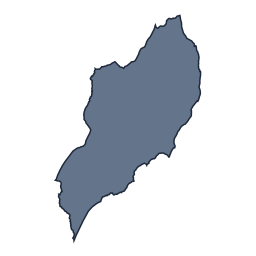 outline of Chíquiza, Boyacá, Colombia
{"feature_id": "7082276B19361123637584", "entity_name": "Chíquiza", "entity_type": "district", "adm_level": 2, "iso_a3": "COL", "parent_name": "Colombia", "parent_adm1": "Boyacá", "projection": "equal_earth", "projection_center": [-73.45, 5.637], "detail": "fine", "context": "isolated", "style": "filled", "palette": "slate", "viewbox_px": 256, "rotation_deg": 0, "n_neighbors": 0, "source": "geoboundaries", "source_scale": "gbopen_adm2", "svg_char_len": 5717}
<svg xmlns="http://www.w3.org/2000/svg" viewBox="0 0 256 256"><path d="M200.1,78.2L200.6,74.7L200.5,72.9L200.7,72.0L200.5,71.7L199.7,71.5L199.7,71.2L199.9,70.3L199.2,69.3L198.9,69.2L198.8,68.9L198.7,68.2L198.5,67.6L198.6,66.9L198.4,65.2L198.5,64.2L198.7,63.8L198.5,63.1L198.6,62.2L198.4,61.2L198.7,60.7L198.7,59.6L199.0,58.0L199.0,57.4L198.7,55.8L198.5,54.3L198.1,53.6L197.7,51.9L196.9,50.8L196.7,50.5L196.5,49.3L196.4,48.0L196.1,46.1L195.9,45.9L195.6,45.9L194.3,46.3L194.3,46.0L194.5,45.6L194.4,44.6L194.2,44.0L193.9,43.4L193.2,42.9L191.6,40.9L191.2,40.7L186.9,38.4L185.5,35.8L184.2,34.2L183.3,32.7L181.6,26.7L181.5,23.1L181.3,21.9L180.9,21.2L179.9,15.4L178.5,15.9L177.6,16.0L177.1,16.2L176.0,17.5L175.1,18.2L174.5,18.4L173.5,18.1L173.3,18.2L172.8,18.3L172.3,18.7L171.7,19.0L169.8,18.5L168.8,18.5L167.4,19.8L166.6,20.7L166.3,23.1L165.7,24.4L164.3,25.7L163.4,26.2L162.8,26.4L161.5,26.0L160.7,26.0L160.2,26.2L157.9,28.1L157.3,28.2L156.5,27.7L155.9,26.9L155.4,25.1L155.0,26.0L154.9,27.1L154.6,28.1L153.7,30.2L150.3,36.8L149.1,38.0L147.9,39.6L146.7,41.7L146.1,43.6L144.9,46.6L144.5,47.0L141.2,48.6L140.6,49.5L139.6,51.2L138.5,54.5L136.0,59.4L134.7,61.1L133.2,61.7L131.3,61.9L130.7,62.7L126.8,65.9L124.9,66.5L123.8,68.3L121.8,67.3L120.5,67.1L119.9,66.8L119.4,66.3L119.0,65.7L117.8,64.8L116.8,63.6L115.9,62.7L115.4,62.1L115.3,61.9L114.9,61.8L112.0,63.2L111.0,64.1L109.8,64.7L108.3,65.1L107.2,65.2L105.7,66.2L104.4,66.3L103.0,66.8L102.0,66.6L101.6,66.9L101.1,67.7L100.3,68.2L99.9,68.9L99.4,69.2L98.8,69.2L98.1,69.0L97.1,69.3L96.8,69.3L95.8,69.0L95.3,68.7L95.4,69.0L95.2,69.7L94.6,70.7L94.4,71.4L94.5,71.8L94.7,72.3L94.7,72.9L94.1,73.3L93.9,73.5L93.9,74.2L93.6,74.7L93.1,75.1L92.8,75.9L92.5,76.0L92.1,75.8L91.9,76.0L91.8,76.7L91.3,76.7L91.1,76.9L90.8,77.8L90.4,78.5L90.4,78.9L90.6,79.3L91.8,80.3L92.2,80.9L92.3,81.0L92.0,81.9L91.9,82.8L92.2,84.8L92.3,86.2L92.2,87.1L91.8,88.6L92.2,90.2L92.5,90.9L92.3,91.2L91.8,91.2L91.8,91.4L91.8,91.8L92.2,92.9L92.1,93.2L91.7,93.9L91.8,95.1L91.4,95.8L91.4,96.3L91.1,96.7L90.4,97.0L90.3,97.4L90.2,98.2L89.7,98.5L89.6,98.8L89.4,99.7L89.8,100.7L89.8,100.8L89.1,101.8L88.7,101.9L88.6,102.4L87.6,105.2L87.1,105.9L86.8,106.2L86.4,107.0L86.2,107.1L85.6,108.2L85.3,109.0L85.0,109.2L84.9,110.0L84.2,111.9L83.9,113.5L83.8,115.4L84.2,117.8L84.2,118.2L84.0,119.0L84.1,119.5L84.3,119.8L85.0,120.4L85.3,120.8L86.3,123.5L87.5,124.6L87.7,125.1L90.1,128.5L90.7,129.9L90.3,131.7L89.4,133.9L88.4,135.7L85.8,141.1L85.5,143.4L84.6,145.0L83.0,146.3L80.9,146.8L79.6,147.6L78.5,147.7L77.1,148.2L73.0,151.1L65.0,161.7L62.6,165.4L59.8,170.6L57.6,175.4L56.3,179.3L55.3,180.2L57.4,180.9L59.1,181.0L60.3,181.7L60.6,182.0L60.9,182.5L61.2,183.5L61.2,184.2L61.0,184.9L60.7,185.6L60.7,186.9L61.0,188.1L61.5,189.2L61.4,189.8L61.8,190.5L62.0,191.6L61.5,191.6L60.8,192.6L60.1,193.9L59.9,194.7L59.2,194.6L58.8,194.4L59.0,195.3L58.7,195.7L58.5,196.3L59.3,198.3L59.7,198.8L59.9,199.4L59.5,200.7L59.7,202.0L59.3,202.9L59.4,203.4L59.8,204.0L59.9,204.3L59.9,204.8L59.9,205.4L60.0,206.4L60.2,206.6L61.4,206.7L61.6,207.1L61.7,207.9L62.5,208.3L62.9,208.7L63.4,209.0L63.6,209.6L64.4,210.1L64.8,211.1L65.3,211.2L66.2,211.6L67.0,212.9L67.3,213.1L67.6,212.9L67.8,213.0L68.3,213.6L69.1,214.0L69.3,214.5L69.7,214.6L69.9,215.0L69.8,216.2L69.4,217.5L69.4,218.4L69.5,218.7L70.1,219.1L70.4,219.8L70.3,220.7L70.0,221.3L70.1,221.5L70.6,221.8L70.7,222.2L70.5,223.2L71.0,224.5L70.9,224.8L70.7,225.1L71.3,228.8L71.7,229.4L71.8,229.7L72.8,230.1L73.2,231.3L73.2,231.7L73.2,232.0L73.4,232.2L73.9,233.2L74.4,233.5L74.5,233.7L74.5,234.1L74.1,234.9L74.0,236.0L73.8,236.5L72.9,237.9L73.0,238.4L73.8,239.1L74.0,240.6L76.1,235.4L83.2,220.6L88.4,211.1L92.1,207.0L96.1,203.9L98.0,202.7L100.7,201.5L100.8,200.8L101.0,200.4L101.5,199.0L102.6,196.8L103.6,196.8L104.2,196.5L105.7,195.6L106.0,195.6L106.3,195.7L106.7,195.6L107.1,195.6L107.1,195.3L107.3,195.4L107.7,195.2L107.9,195.0L108.9,194.5L109.4,194.5L110.1,193.5L110.2,193.2L110.6,193.0L111.2,193.0L111.7,193.2L112.4,193.0L112.6,193.2L113.1,194.4L113.5,194.8L114.0,194.9L114.6,194.7L115.2,194.3L115.6,194.1L117.0,194.3L119.9,192.4L120.8,192.2L121.2,192.6L121.5,192.2L121.9,192.1L122.5,191.6L124.2,191.1L124.9,190.2L125.5,189.0L126.7,187.7L127.8,184.9L128.8,183.7L129.6,183.1L130.4,182.9L132.2,181.4L133.4,181.4L134.0,181.0L133.4,179.6L133.5,177.8L133.1,177.1L133.3,175.8L133.9,175.2L134.4,174.1L134.4,173.8L134.0,172.2L134.0,171.9L134.2,171.6L135.1,170.5L135.6,170.1L137.1,167.8L137.5,167.4L139.0,166.1L140.5,165.5L141.2,164.8L141.6,164.7L141.9,164.3L143.3,163.8L144.0,163.4L144.3,163.3L144.8,163.4L145.9,163.9L146.2,164.2L146.7,165.2L146.9,164.4L147.5,164.2L148.1,163.5L148.6,163.5L148.9,163.3L148.8,162.5L149.0,161.8L149.4,161.7L149.8,160.9L151.2,159.5L152.0,159.1L152.5,159.1L153.2,158.6L154.1,158.8L154.5,158.6L155.4,157.8L156.6,155.6L157.4,155.1L159.0,153.4L160.5,153.2L162.8,153.0L163.5,153.1L164.2,153.4L164.8,153.9L165.9,154.3L167.5,155.1L168.4,156.4L168.7,157.0L168.9,157.1L169.2,157.0L170.3,153.9L170.6,153.4L171.0,152.0L171.3,151.3L171.7,150.9L172.2,149.8L173.6,147.9L174.1,147.8L174.6,147.9L174.8,147.5L175.0,146.9L175.0,145.6L174.6,145.1L174.4,144.3L174.2,143.5L173.8,142.3L174.0,141.6L174.0,140.4L174.6,138.1L176.0,135.8L176.7,134.5L177.5,132.6L177.8,131.6L178.1,131.2L178.9,130.5L180.6,127.5L181.7,126.2L184.2,124.4L185.1,124.2L185.5,123.8L186.5,122.6L187.5,121.5L189.3,118.6L190.6,116.8L190.9,116.7L191.4,115.2L191.3,113.7L191.5,112.7L191.4,111.8L191.5,110.8L191.3,110.5L191.0,110.3L191.1,110.0L191.1,109.5L191.3,109.0L193.2,105.8L194.4,104.4L195.4,103.1L197.2,100.8L197.8,101.3L198.6,99.7L199.6,96.0L200.1,94.8L200.2,93.7L200.4,93.2L200.1,90.4L199.7,89.0L199.4,88.4L199.3,87.6L199.0,86.7L199.8,83.8L199.9,81.6L199.8,80.6L200.1,78.2Z" fill="#64748b" stroke="#1e293b" stroke-width="1.5"/></svg>